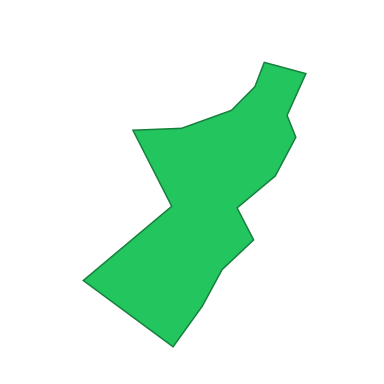 the state/province of Marsaxlokk, rotated 111°
{"feature_id": "MLT-5963", "entity_name": "Marsaxlokk", "entity_type": "state/province", "adm_level": 1, "iso_a3": "MLT", "parent_name": "Malta", "parent_adm1": "", "projection": "mercator", "projection_center": [14.544, 35.838], "detail": "fine", "context": "isolated", "style": "filled", "palette": "green", "viewbox_px": 384, "rotation_deg": 111, "n_neighbors": 0, "source": "natural_earth", "source_scale": "10m", "svg_char_len": 371}
<svg xmlns="http://www.w3.org/2000/svg" viewBox="0 0 384 384"><g transform="rotate(111 192 192)"><path d="M343.3,154.2L313.6,261.8L212.6,205.8L155.5,269.3L136.3,224.6L101.6,184.4L71.1,171.0L45.1,171.0L40.7,128.1L86.4,130.7L103.7,114.7L147.2,120.0L190.7,144.2L214.6,117.3L253.7,136.1L295.0,141.5L343.3,154.2Z" fill="#22c55e" stroke="#15803d" stroke-width="1.5"/></g></svg>